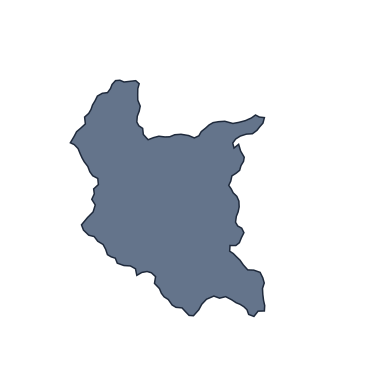 the district of Desterro do Melo, Minas Gerais, Brazil, rotated 44°
{"feature_id": "56859067B10239152985406", "entity_name": "Desterro do Melo", "entity_type": "district", "adm_level": 2, "iso_a3": "BRA", "parent_name": "Brazil", "parent_adm1": "Minas Gerais", "projection": "albers", "projection_center": [-43.519, -21.135], "detail": "fine", "context": "isolated", "style": "filled", "palette": "slate", "viewbox_px": 384, "rotation_deg": 44, "n_neighbors": 0, "source": "geoboundaries", "source_scale": "gbopen_adm2", "svg_char_len": 2099}
<svg xmlns="http://www.w3.org/2000/svg" viewBox="0 0 384 384"><g transform="rotate(44 192 192)"><path d="M58.9,183.3L57.3,188.7L58.9,193.7L60.0,198.5L62.0,202.7L63.1,207.2L62.7,212.7L68.0,217.1L67.6,223.5L67.1,228.8L68.6,233.9L70.3,241.1L74.4,239.7L79.9,239.9L85.1,242.2L89.4,243.9L93.4,245.1L99.3,246.0L104.4,248.4L109.3,249.3L114.8,247.7L119.5,251.7L119.1,258.1L123.0,261.2L125.0,266.9L131.4,268.5L134.7,275.0L134.6,282.9L135.3,292.4L140.4,294.8L147.7,294.8L152.6,292.0L158.4,292.9L164.5,291.5L169.7,293.2L174.7,295.8L178.9,294.8L182.8,292.9L187.7,295.1L194.1,292.2L199.0,288.0L204.7,286.5L210.2,290.3L211.8,284.7L214.9,280.4L218.9,278.3L224.6,278.2L228.5,283.8L235.7,284.1L240.3,286.1L244.7,286.8L249.6,285.8L256.2,287.1L260.6,286.1L265.3,282.3L270.5,282.6L275.6,282.8L279.0,280.0L278.7,272.0L277.0,266.0L276.9,259.1L280.0,251.7L285.6,249.2L288.9,243.9L295.3,242.0L300.7,241.0L304.6,239.4L309.0,238.5L313.3,238.5L317.8,240.7L323.0,238.5L322.3,231.8L326.7,227.3L323.2,223.2L318.8,220.3L314.1,216.5L309.7,212.4L307.2,207.3L302.6,204.6L296.8,202.5L290.7,205.3L286.2,209.3L279.4,208.8L273.9,207.7L268.8,207.7L264.5,207.6L260.2,208.4L256.5,204.1L260.7,200.1L261.3,195.6L259.3,190.6L257.6,185.2L252.9,183.5L248.5,184.7L244.3,183.5L240.8,178.7L239.0,174.3L236.3,170.0L232.1,166.0L227.3,164.0L222.2,164.0L218.2,162.6L213.8,161.7L212.3,157.2L209.5,152.7L210.7,147.7L211.2,143.3L208.9,139.0L207.8,134.2L205.4,130.7L198.6,128.8L192.4,125.3L191.7,131.2L187.3,128.5L186.6,123.5L187.9,118.2L190.9,112.6L195.0,108.1L195.9,102.5L195.4,98.0L195.2,93.2L192.4,88.2L188.4,91.3L184.2,92.5L183.3,97.5L180.7,103.8L177.3,109.4L173.8,114.3L166.5,118.3L162.3,122.9L159.0,127.4L157.7,131.9L157.4,136.6L156.7,142.1L157.9,146.8L156.1,151.5L150.4,153.7L144.0,158.1L139.8,162.8L137.6,167.8L134.3,171.2L129.4,174.9L126.5,179.7L124.1,184.9L117.0,184.4L112.3,180.5L107.8,181.3L103.7,180.0L100.0,175.5L97.8,170.4L95.1,166.2L89.2,163.6L85.4,159.8L81.2,155.3L78.8,150.8L74.2,151.0L70.4,155.6L66.7,160.1L62.5,161.7L59.6,165.0L59.8,170.2L61.5,174.2L62.2,179.2L58.9,183.3Z" fill="#64748b" stroke="#1e293b" stroke-width="1.5"/></g></svg>